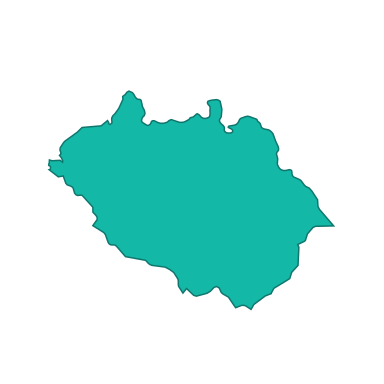 SVG path tracing the border of Lugo, rotated 297°
{"feature_id": "ESP-5832", "entity_name": "Lugo", "entity_type": "Autonomous Community", "adm_level": 1, "iso_a3": "ESP", "parent_name": "Spain", "parent_adm1": "", "projection": "robinson", "projection_center": [-7.286, 43.039], "detail": "fine", "context": "isolated", "style": "filled", "palette": "teal", "viewbox_px": 384, "rotation_deg": 297, "n_neighbors": 0, "source": "natural_earth", "source_scale": "10m", "svg_char_len": 3302}
<svg xmlns="http://www.w3.org/2000/svg" viewBox="0 0 384 384"><g transform="rotate(297 192 192)"><path d="M147.0,54.6L147.7,55.4L148.9,55.1L150.3,54.5L150.6,54.0L150.5,53.0L150.8,52.1L152.0,51.7L153.1,51.6L155.8,50.4L156.3,53.1L160.3,60.0L159.8,63.1L161.2,62.6L163.2,60.1L164.5,57.3L166.5,57.9L167.9,56.9L169.4,55.3L171.7,54.5L178.0,55.2L179.9,55.8L193.1,62.6L199.6,64.8L209.7,81.0L217.3,84.3L216.8,85.1L216.4,85.8L216.0,86.3L215.0,86.9L215.0,88.4L217.1,89.3L218.4,88.7L219.7,87.7L221.6,86.9L223.9,86.9L227.2,87.9L233.3,88.8L243.1,88.4L245.7,86.9L248.6,88.3L251.3,88.7L253.3,90.0L253.5,93.9L252.4,96.1L250.7,98.5L249.9,101.2L250.9,103.8L250.6,104.9L250.4,105.2L245.5,109.2L243.2,112.4L241.6,113.8L240.4,114.5L239.2,114.7L238.0,114.7L236.4,114.1L234.6,114.1L232.7,114.6L231.7,115.7L231.4,117.0L231.0,121.1L231.2,122.2L231.7,123.1L233.8,124.1L236.6,123.9L237.6,124.6L238.3,125.8L238.4,127.3L238.4,128.9L238.5,130.7L239.0,132.9L240.0,134.9L241.1,136.4L243.3,138.5L244.6,138.8L245.9,139.6L247.1,140.7L248.4,149.2L249.4,151.2L250.3,152.7L251.5,153.8L255.1,156.3L256.3,156.6L257.4,156.7L259.2,158.9L261.7,160.0L263.0,160.4L264.1,161.1L264.1,162.1L264.0,163.4L262.9,166.2L262.7,168.2L263.2,169.6L264.0,171.1L265.1,172.2L266.3,173.1L267.6,173.4L270.3,172.4L273.3,170.7L274.8,170.2L276.0,169.4L276.8,168.3L277.1,167.1L277.8,165.9L278.8,165.1L280.0,165.0L281.4,166.2L283.0,168.2L285.5,172.0L285.9,174.2L285.6,175.9L279.6,180.8L278.3,181.5L272.5,183.8L271.0,183.9L269.4,183.7L268.3,184.0L267.4,184.5L266.8,185.5L266.2,186.6L265.8,188.0L265.3,189.9L264.4,191.3L263.2,192.1L261.9,192.5L260.8,193.8L260.4,195.9L261.3,198.2L262.5,200.1L264.0,200.9L264.7,200.6L265.4,200.2L265.7,199.8L265.8,199.4L266.0,198.8L266.0,195.0L266.4,194.8L267.4,194.9L270.7,199.3L271.1,199.7L272.4,200.8L273.7,201.3L275.2,201.6L278.3,201.5L279.7,202.0L283.4,205.4L284.8,207.2L285.3,209.2L286.2,216.7L284.8,218.5L284.5,220.3L283.8,221.8L281.0,224.7L280.8,227.1L282.1,232.0L282.1,233.6L281.5,235.9L280.6,237.8L275.4,243.3L271.8,247.9L270.1,249.4L268.5,250.1L267.1,249.9L265.8,249.6L264.2,250.0L260.5,253.3L255.9,255.2L255.2,255.7L253.4,258.1L252.6,259.7L252.3,261.5L252.8,264.1L253.8,265.8L254.9,267.2L256.0,268.4L256.4,269.7L256.4,270.9L254.9,272.1L253.5,272.9L252.2,274.1L251.5,275.8L251.9,281.3L251.8,283.6L249.0,289.3L248.6,290.9L248.7,294.6L247.3,298.3L242.1,307.4L236.3,310.8L234.4,313.4L226.1,333.6L217.5,317.6L215.3,315.9L207.1,313.9L200.4,315.0L199.1,314.6L193.2,310.0L191.3,312.3L174.7,319.8L165.7,317.3L159.2,318.4L143.4,308.7L137.6,308.5L137.4,308.7L132.7,304.5L119.9,298.2L114.2,297.9L114.9,291.7L114.6,289.8L113.6,287.8L108.7,283.4L114.9,272.1L115.2,265.7L115.8,263.6L118.9,259.7L118.9,256.7L116.9,254.9L111.8,253.4L108.6,251.4L101.2,243.2L100.7,240.4L103.5,231.0L97.8,229.8L101.8,223.0L103.3,221.8L106.7,220.1L108.1,218.9L112.0,212.3L112.8,207.3L112.9,202.2L108.4,189.5L108.3,186.8L108.9,184.6L109.6,183.1L110.0,181.5L104.2,162.1L109.5,149.1L109.7,147.3L109.2,146.0L108.5,144.8L108.0,143.2L108.2,141.6L109.0,140.2L114.7,134.2L115.8,132.0L117.0,118.9L124.4,120.0L126.2,119.1L127.4,117.4L129.0,112.9L133.4,110.6L138.9,96.3L139.1,95.3L138.8,94.5L136.9,91.5L136.9,89.7L137.7,87.9L141.5,84.3L142.0,83.4L142.2,81.2L141.7,77.6L142.5,75.6L147.8,70.0L144.8,66.0L147.0,54.6Z" fill="#14b8a6" stroke="#0f766e" stroke-width="1.5"/></g></svg>